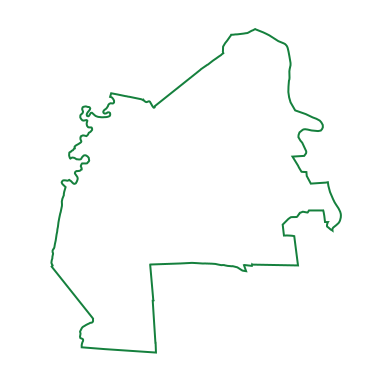 C.A. Rosetti, Buzau, Romania (Equal Earth projection), rotated 85°
{"feature_id": "2599482B61435890131280", "entity_name": "C.A. Rosetti", "entity_type": "district", "adm_level": 2, "iso_a3": "ROU", "parent_name": "Romania", "parent_adm1": "Buzau", "projection": "equal_earth", "projection_center": [27.145, 45.049], "detail": "fine", "context": "isolated", "style": "outline", "palette": "green", "viewbox_px": 384, "rotation_deg": 85, "n_neighbors": 0, "source": "geoboundaries", "source_scale": "gbopen_adm2", "svg_char_len": 5895}
<svg xmlns="http://www.w3.org/2000/svg" viewBox="0 0 384 384"><g transform="rotate(85 192 192)"><path d="M254.1,338.3L309.5,301.6L309.8,301.7L311.9,301.8L312.6,302.1L313.1,302.7L313.4,303.2L313.5,304.9L313.8,305.5L314.0,305.9L314.6,307.6L315.4,309.5L316.2,311.0L316.5,311.8L317.1,312.8L317.5,313.2L318.2,313.8L319.4,314.5L320.8,315.4L321.5,315.7L322.5,315.5L323.4,315.4L325.7,316.0L326.5,316.2L327.8,315.9L327.9,315.7L328.8,313.9L329.4,313.4L330.3,313.4L331.0,313.6L332.2,314.3L334.0,315.0L335.4,315.3L337.1,315.4L340.9,292.7L348.8,241.9L339.1,241.4L339.1,241.6L296.9,240.6L296.9,240.0L296.8,239.8L296.3,240.0L293.6,240.0L260.8,240.0L260.6,239.9L262.2,209.4L262.6,198.2L263.2,193.9L264.2,187.4L264.3,185.5L265.1,178.9L265.7,175.0L266.6,172.1L267.4,169.3L267.5,167.3L267.6,166.4L267.9,165.7L268.7,163.0L269.5,158.5L269.4,158.0L271.0,153.4L274.0,149.5L274.6,148.7L274.8,148.2L275.6,145.0L269.4,146.6L269.3,146.2L270.8,138.8L269.4,138.4L269.6,138.2L274.4,92.8L244.9,94.0L244.4,95.7L244.0,98.0L243.6,101.0L243.4,104.2L232.4,104.5L227.2,98.3L225.8,95.9L225.7,95.0L226.0,90.4L226.0,89.9L225.6,89.2L222.9,87.0L223.0,86.9L222.1,86.2L222.0,85.6L221.3,83.3L222.5,78.9L222.5,78.6L222.3,78.4L220.6,77.1L221.8,62.9L223.6,62.6L227.2,62.3L233.5,62.1L233.8,59.2L234.2,59.5L236.2,60.3L237.6,60.5L238.2,60.4L239.6,58.9L241.6,57.0L242.0,56.2L242.7,55.4L241.2,55.4L239.8,54.5L237.6,51.2L235.7,48.7L234.3,47.6L232.9,46.9L230.3,46.0L228.1,45.7L226.8,45.7L224.6,46.1L221.2,47.4L217.7,49.3L214.8,50.8L211.4,52.1L204.1,54.5L197.8,55.6L194.1,55.8L194.3,57.7L194.0,72.9L186.0,76.3L182.1,76.3L181.5,80.8L181.3,81.2L177.0,83.3L174.9,84.1L165.5,88.8L165.8,77.1L163.4,75.0L162.2,74.7L161.3,74.7L152.5,77.9L150.3,79.5L146.7,81.2L144.6,80.9L142.0,79.7L139.9,76.6L139.4,75.6L139.3,73.9L139.9,71.3L141.1,67.6L142.3,61.1L142.0,58.3L140.6,56.9L138.9,56.0L136.6,55.9L133.9,57.1L132.0,58.5L129.9,61.7L128.2,65.3L124.3,71.9L119.7,82.1L111.3,86.0L106.2,87.0L100.8,87.3L95.5,86.7L89.5,85.7L88.4,85.2L86.7,84.9L80.3,84.5L78.1,84.0L74.3,82.8L72.1,82.6L65.7,83.1L60.6,83.6L57.0,84.1L55.6,84.5L54.5,85.0L52.9,86.2L52.0,87.5L49.2,92.9L42.7,101.3L40.9,104.2L39.2,107.1L35.5,114.5L35.2,114.9L36.2,117.2L36.6,118.6L38.2,122.2L38.5,123.2L38.5,124.4L38.7,127.0L38.9,132.9L38.8,135.2L38.9,137.6L38.8,138.2L38.8,139.3L39.2,139.4L40.5,140.6L44.2,143.7L46.6,146.0L48.0,147.0L49.8,148.3L50.2,148.4L54.4,148.9L54.8,149.0L55.1,149.0L56.5,148.7L57.2,150.0L58.3,151.4L59.0,152.8L63.1,159.9L66.5,165.1L66.6,165.6L70.4,172.3L71.0,173.0L103.2,221.5L104.0,221.6L104.5,222.0L104.7,222.5L104.6,222.9L103.1,223.9L98.5,226.0L98.2,226.3L98.0,226.6L97.9,227.0L98.0,227.6L98.5,229.3L98.3,230.1L98.0,230.6L96.8,231.9L95.8,232.4L96.1,232.9L95.7,233.4L95.1,234.7L91.7,246.1L91.4,247.5L91.0,248.6L90.7,249.9L88.3,257.9L86.6,263.9L90.1,265.3L90.5,264.1L91.1,263.3L92.7,262.3L94.2,261.7L94.6,261.7L96.1,261.9L96.9,263.0L96.8,263.9L96.5,265.3L96.9,266.6L97.5,267.3L98.2,267.9L99.1,268.2L100.9,269.6L101.6,270.4L102.6,272.1L103.2,272.7L104.0,273.3L104.8,273.4L105.4,273.2L105.6,273.1L106.2,272.3L106.3,271.6L106.1,270.3L105.5,269.4L105.3,268.7L105.4,267.8L105.7,267.3L106.2,266.8L107.2,266.7L108.1,266.8L108.9,267.2L109.5,268.3L109.8,269.8L109.9,270.7L109.8,273.1L109.8,274.4L109.7,275.4L109.0,278.9L108.6,279.9L107.9,281.3L107.1,282.2L104.5,284.6L104.4,284.7L104.3,285.5L104.5,286.0L107.1,287.9L107.5,288.6L107.3,289.5L107.0,289.9L106.3,290.1L105.5,290.1L104.6,289.7L103.6,289.0L103.0,288.5L102.5,287.9L100.9,286.5L99.8,286.1L98.8,286.6L98.3,287.4L98.3,288.0L98.2,288.4L97.5,290.2L97.5,291.0L97.6,292.1L97.8,293.0L98.2,293.6L99.1,294.0L99.9,294.2L101.2,293.9L102.1,293.6L102.7,293.6L103.6,294.0L104.2,294.5L105.3,296.0L105.9,296.5L107.8,296.8L108.5,296.6L109.7,296.0L111.0,295.0L111.4,294.0L111.3,292.0L111.1,291.2L111.2,290.7L111.7,290.1L112.1,290.1L114.2,290.9L115.2,291.0L116.2,290.9L117.1,290.7L118.4,289.8L118.7,288.9L118.8,287.6L119.0,286.5L119.7,286.1L120.4,286.0L121.4,286.1L122.7,287.3L123.4,288.2L124.0,289.6L125.7,290.6L126.4,291.3L126.9,292.0L127.1,292.3L126.3,294.7L126.1,295.8L126.4,296.6L126.6,297.5L127.2,297.7L127.5,298.2L128.1,298.4L129.0,298.5L129.8,298.5L131.6,297.9L132.2,297.9L132.8,298.3L133.6,299.6L134.3,300.9L135.4,303.4L136.3,304.7L136.7,305.0L137.9,304.9L138.1,304.9L138.2,305.3L138.4,305.3L138.4,305.6L139.6,306.6L140.0,307.0L140.5,308.3L141.2,309.0L141.6,310.0L142.0,310.7L142.6,310.9L143.6,311.0L144.4,311.2L145.1,311.2L145.7,311.1L147.1,310.8L147.9,310.5L148.1,310.2L147.4,308.9L147.3,308.3L147.4,307.5L147.7,306.4L148.2,305.6L149.3,304.2L149.4,303.7L149.4,303.3L149.6,302.7L149.8,301.2L149.7,300.1L149.2,299.4L148.2,298.8L147.7,298.4L146.3,296.8L146.1,296.1L146.2,294.7L146.7,293.9L147.0,293.6L147.4,293.0L148.9,291.9L151.7,291.7L152.3,292.0L152.8,292.4L153.0,292.8L154.1,293.8L154.3,294.2L154.3,294.6L154.3,295.6L154.1,297.2L154.1,297.9L154.0,298.3L154.0,299.0L154.9,299.8L156.4,300.5L156.9,300.5L157.8,300.1L158.8,299.9L159.8,299.9L160.0,300.0L160.1,300.7L160.8,301.3L161.1,302.1L161.2,303.1L161.1,303.5L161.2,304.4L161.1,305.2L161.3,305.7L161.8,306.4L162.1,306.7L162.9,307.0L163.4,307.0L166.9,305.0L167.5,304.8L168.7,304.7L169.5,304.9L170.9,305.5L172.1,306.2L173.2,307.0L173.6,308.1L173.6,308.6L173.3,309.3L172.4,310.2L170.7,311.5L169.8,312.8L169.3,313.0L169.2,313.2L169.3,313.5L169.8,314.4L169.9,315.4L169.4,316.7L169.4,317.3L169.2,318.2L169.2,319.2L169.5,319.9L170.6,320.8L171.2,321.0L171.6,320.9L172.9,320.3L176.1,317.5L180.7,319.3L182.9,319.9L183.9,319.9L187.4,321.7L190.1,322.5L193.2,322.6L194.6,322.8L200.6,324.6L202.1,325.2L206.7,326.6L210.7,327.7L215.0,328.6L217.3,329.3L219.9,329.8L222.5,330.6L228.4,332.0L231.9,333.1L235.0,333.9L236.1,334.4L236.1,334.5L237.1,335.3L237.5,335.6L238.3,336.0L239.8,336.1L240.7,335.8L241.5,335.8L244.3,336.7L245.9,336.9L247.9,337.7L250.1,338.2L250.6,338.2L251.3,337.9L252.3,337.8L252.6,337.6L252.9,337.2L253.1,337.2L253.4,337.4L254.1,338.3Z" fill="none" stroke="#15803d" stroke-width="2"/></g></svg>